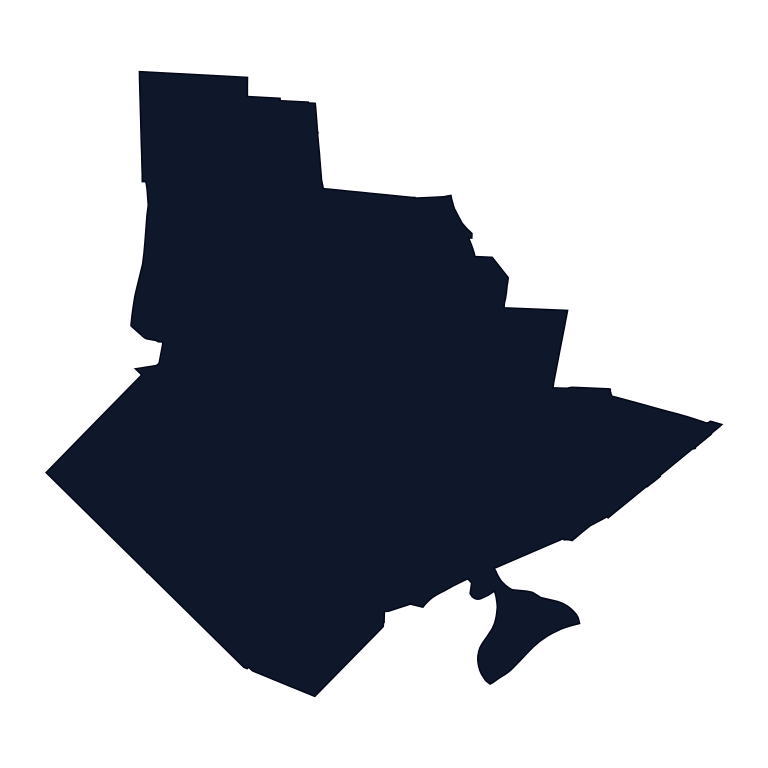 Waddinxveen, Zuid-Holland, Netherlands
{"feature_id": "6326949B29533481095238", "entity_name": "Waddinxveen", "entity_type": "district", "adm_level": 2, "iso_a3": "NLD", "parent_name": "Netherlands", "parent_adm1": "Zuid-Holland", "projection": "orthographic", "projection_center": [4.655, 52.044], "detail": "fine", "context": "isolated", "style": "filled", "palette": "ink", "viewbox_px": 768, "rotation_deg": 0, "n_neighbors": 0, "source": "geoboundaries", "source_scale": "gbopen_adm2", "svg_char_len": 5991}
<svg xmlns="http://www.w3.org/2000/svg" viewBox="0 0 768 768"><path d="M142.3,181.7L143.1,181.6L143.8,181.6L144.6,181.6L145.3,181.8L146.0,182.3L146.1,182.5L147.1,189.6L148.2,204.5L148.1,206.4L147.0,214.9L146.0,228.0L144.9,242.5L143.9,253.7L142.6,264.1L138.8,279.7L135.7,292.4L134.8,296.5L133.1,307.4L132.0,315.4L131.0,324.9L131.1,325.9L132.0,326.8L143.5,337.0L144.2,337.5L145.0,338.1L145.9,338.5L147.0,338.9L155.5,340.4L155.6,340.2L157.1,341.2L157.7,341.4L158.7,341.5L159.0,341.5L159.0,341.9L159.6,341.7L160.6,341.8L162.9,342.4L162.4,345.7L159.4,361.5L159.1,362.9L158.7,363.6L157.2,364.9L156.1,365.5L155.3,365.7L135.4,368.8L141.7,374.9L117.4,399.7L93.4,424.2L46.1,472.6L64.9,491.1L147.1,572.1L146.9,572.3L146.9,572.5L147.0,572.6L147.3,572.5L147.5,572.4L187.4,611.7L243.8,667.3L247.2,668.7L248.7,667.2L252.4,670.8L291.2,686.8L314.8,696.4L353.9,656.5L355.4,654.9L356.3,654.1L358.3,652.0L361.3,649.0L363.6,646.6L370.9,639.2L372.9,637.2L380.5,629.4L383.2,626.6L383.6,622.3L384.1,622.3L384.4,611.5L388.3,611.3L410.4,604.1L422.9,607.2L425.1,604.4L427.6,601.8L429.9,599.6L432.7,597.3L435.7,595.4L441.5,592.2L443.8,591.1L453.2,585.9L461.7,581.7L467.7,578.8L471.6,582.9L470.1,593.5L471.9,596.4L473.4,597.7L475.0,598.6L476.7,599.1L478.6,599.2L480.8,598.7L488.4,595.1L494.4,591.1L494.6,591.5L494.9,592.4L495.2,593.6L495.6,594.9L496.2,597.6L496.5,599.7L497.0,603.2L497.1,604.8L497.3,607.9L497.2,608.4L497.1,608.9L496.8,612.0L496.7,613.1L496.7,613.5L496.4,614.8L496.4,615.1L496.3,616.0L495.8,618.4L495.4,620.0L494.7,622.8L494.2,624.1L493.7,625.2L492.2,628.7L491.5,629.9L490.7,631.0L489.9,632.2L488.9,633.8L487.4,636.1L482.6,642.9L482.1,643.8L481.4,644.9L480.7,646.2L480.3,647.0L479.7,648.3L479.4,649.3L479.0,650.5L478.6,652.3L478.4,653.3L478.3,653.9L478.0,655.1L477.9,656.2L477.8,657.2L477.8,658.0L477.8,658.8L477.8,660.5L478.2,663.5L478.5,665.6L478.7,666.5L479.1,667.7L479.5,669.3L479.7,670.1L480.0,670.8L480.3,671.6L480.6,672.2L480.8,672.7L481.2,673.5L481.7,674.5L482.0,675.1L482.9,676.2L483.9,678.0L484.1,678.4L484.5,678.8L484.9,679.4L485.5,680.4L486.1,681.0L486.4,681.2L486.7,681.5L490.1,684.1L492.0,682.9L492.4,682.9L494.2,681.7L494.4,681.5L497.7,679.1L499.5,677.9L502.1,676.2L504.7,674.7L506.1,673.7L507.6,672.7L508.9,671.6L510.8,670.1L512.8,668.1L520.5,660.2L525.8,654.6L529.7,650.5L533.4,646.8L539.6,641.5L542.9,639.1L548.0,635.7L551.9,633.5L556.6,631.2L560.8,629.1L566.1,627.2L572.0,625.4L579.6,623.5L578.5,619.1L578.3,618.2L577.9,617.3L577.5,616.5L577.0,615.7L576.6,614.9L576.1,614.2L575.5,613.6L575.0,612.9L574.4,612.3L573.8,611.6L573.2,611.0L572.6,610.4L572.0,609.8L571.4,609.2L570.7,608.6L570.1,608.1L569.4,607.6L568.4,606.8L567.7,606.3L567.0,605.8L566.2,605.4L565.5,604.9L564.8,604.5L564.0,604.1L563.2,603.7L562.5,603.3L561.7,603.0L560.9,602.7L560.1,602.4L558.5,601.8L557.7,601.5L556.4,601.2L554.8,600.8L553.1,600.4L540.6,597.5L538.7,596.2L536.1,594.6L532.9,592.6L531.5,592.1L526.3,591.1L516.5,590.2L512.3,589.8L509.5,588.3L505.4,585.2L501.4,581.2L499.7,578.7L497.6,575.1L496.7,573.2L495.8,571.1L494.1,568.4L546.1,546.0L563.5,538.6L564.1,539.9L566.4,539.7L568.5,539.8L570.3,540.1L572.1,540.6L575.3,538.0L575.9,537.5L576.9,536.6L576.9,536.4L577.1,536.4L578.6,535.2L580.3,533.7L582.6,531.8L587.0,528.3L588.4,527.2L588.9,526.8L589.9,525.9L607.1,516.7L608.1,517.9L610.4,516.0L615.7,511.6L619.3,508.7L623.7,505.1L627.2,502.3L627.5,502.0L630.4,499.7L632.1,498.3L634.7,496.1L640.0,491.8L642.7,489.6L645.2,487.6L645.5,487.4L646.1,487.0L646.5,486.6L646.9,486.1L647.4,486.6L651.1,483.5L652.6,482.6L660.3,476.3L659.8,475.6L692.3,449.0L693.6,448.8L694.2,448.7L695.0,448.5L695.4,448.2L695.5,447.8L695.4,447.3L696.6,446.2L697.7,445.4L700.1,443.3L703.5,440.6L706.1,438.4L708.1,436.8L711.4,434.1L711.5,433.3L714.3,430.9L717.0,428.8L719.6,426.6L721.9,424.5L710.3,421.2L709.1,422.2L708.4,422.6L707.0,422.8L706.6,423.1L702.2,421.5L700.0,420.8L696.7,419.7L688.3,417.0L677.5,413.9L668.2,411.5L660.5,409.4L653.7,407.5L645.2,405.1L637.8,403.1L626.8,400.1L616.8,397.4L611.6,396.1L611.5,394.9L611.4,394.6L611.3,394.4L611.1,394.2L610.9,393.9L610.5,393.5L610.7,393.3L610.8,392.9L610.7,392.3L610.3,391.6L610.3,389.1L609.1,388.9L608.6,388.8L606.6,388.7L596.2,388.3L594.8,388.2L585.2,387.8L580.5,387.6L575.5,387.4L572.5,387.3L572.0,387.3L571.5,387.3L570.1,387.6L569.9,387.6L568.8,387.8L568.5,387.9L567.7,388.1L567.1,388.2L566.8,388.2L566.2,388.3L565.7,388.2L565.1,388.2L553.0,387.8L553.1,387.1L553.3,385.8L553.7,382.6L557.0,365.5L558.8,356.1L559.6,351.8L564.1,328.9L565.5,321.3L566.5,316.3L567.6,310.4L504.1,307.8L504.4,303.1L504.7,301.8L504.9,300.7L505.0,300.3L505.1,300.2L505.3,299.7L505.6,298.0L506.0,295.2L506.2,294.0L506.4,293.0L506.8,288.7L507.2,284.9L507.7,282.6L507.8,281.5L507.9,280.3L508.1,279.3L508.2,277.6L492.2,257.3L476.6,256.6L474.9,256.5L474.3,253.6L473.6,251.3L473.2,250.1L472.5,247.8L470.2,241.7L469.6,240.4L468.6,237.9L471.8,238.1L472.0,233.6L471.4,232.9L467.2,229.0L462.4,223.5L461.7,222.4L460.8,220.8L459.5,218.3L458.8,217.0L458.2,215.8L456.8,213.2L455.6,210.8L454.5,208.9L453.4,205.6L452.6,202.5L451.6,198.9L451.0,195.4L450.8,195.4L446.2,196.2L446.2,196.3L444.2,196.7L435.0,197.2L414.9,198.1L415.0,197.5L414.0,197.4L414.0,197.6L406.0,196.8L384.1,194.6L376.7,193.9L371.6,193.4L359.1,192.1L347.2,191.0L341.0,190.3L329.8,189.2L324.0,188.7L323.3,188.5L322.9,186.7L322.7,185.1L322.3,183.9L322.2,183.2L321.9,181.8L321.8,181.1L321.7,180.5L321.5,179.9L321.4,177.9L321.2,175.2L320.6,168.2L320.4,166.1L320.3,163.7L320.1,162.1L320.0,161.1L319.6,155.3L319.3,151.5L319.0,149.1L318.6,144.7L318.3,141.6L318.2,139.8L318.1,139.0L318.0,138.3L317.9,137.2L317.7,134.7L317.7,133.5L317.8,133.2L318.0,133.1L318.0,132.8L317.8,132.8L317.7,132.7L317.4,130.1L317.3,128.8L316.8,121.5L316.1,112.9L315.6,106.6L315.4,105.0L315.2,103.3L308.2,102.9L308.2,102.1L280.2,100.7L280.1,98.3L247.4,96.5L247.4,87.2L247.5,77.4L139.4,71.6L139.5,78.3L140.3,107.4L140.6,117.6L141.0,132.7L141.1,136.7L141.4,146.8L141.7,155.2L142.0,168.0L142.2,173.8L142.2,177.6L142.3,181.2L142.3,181.7Z" fill="#0f172a" stroke="#020617" stroke-width="1.5"/></svg>